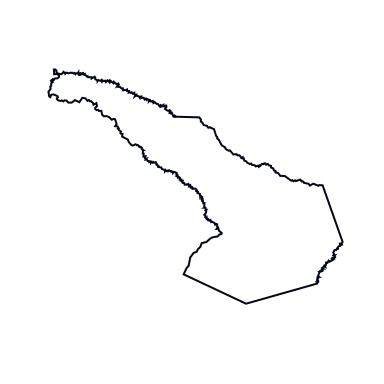 the district of Tambopata, Madre de Dios, Peru, rotated 8°
{"feature_id": "86281439B97572959999904", "entity_name": "Tambopata", "entity_type": "district", "adm_level": 2, "iso_a3": "PER", "parent_name": "Peru", "parent_adm1": "Madre de Dios", "projection": "orthographic", "projection_center": [-70.427, -12.188], "detail": "fine", "context": "isolated", "style": "outline", "palette": "ink", "viewbox_px": 384, "rotation_deg": 8, "n_neighbors": 0, "source": "geoboundaries", "source_scale": "gbopen_adm2", "svg_char_len": 5965}
<svg xmlns="http://www.w3.org/2000/svg" viewBox="0 0 384 384"><g transform="rotate(8 192 192)"><path d="M37.2,117.1L38.4,117.8L39.1,115.3L41.1,114.6L45.4,115.7L46.1,116.8L45.1,117.8L45.2,118.7L46.6,119.8L49.2,120.2L50.3,119.4L52.0,120.2L53.0,119.0L55.0,118.9L57.1,120.7L60.4,120.2L63.4,117.3L67.9,118.8L70.3,114.0L73.5,114.1L75.8,116.3L77.0,115.3L78.5,116.5L79.5,116.1L81.5,117.6L82.3,119.3L84.9,117.3L86.0,120.2L84.5,122.0L84.7,123.5L86.2,124.2L87.7,123.7L88.6,124.7L91.0,124.3L92.1,127.8L94.2,129.3L96.7,128.7L99.5,129.4L102.5,131.6L104.0,130.6L105.7,130.7L107.9,135.2L106.8,137.5L109.1,137.3L110.5,139.1L109.8,139.5L110.7,140.6L113.2,142.0L112.9,143.6L113.9,144.3L115.1,144.1L115.1,146.9L121.2,149.0L122.5,151.4L125.6,154.0L126.7,154.3L129.6,152.6L130.8,153.3L131.8,153.0L133.5,154.6L133.8,154.1L136.1,155.0L136.3,156.3L137.5,157.0L137.0,157.0L137.7,157.7L137.9,160.7L138.8,160.7L139.0,163.7L141.0,163.0L140.7,165.1L141.5,165.9L142.2,165.5L141.9,166.2L142.6,165.9L143.7,167.4L145.2,167.4L145.4,168.2L146.8,167.5L147.1,168.7L147.5,167.8L148.6,168.5L149.2,167.6L150.2,168.3L151.9,167.5L153.1,169.9L153.8,169.6L154.5,171.0L155.3,171.1L155.2,171.9L158.2,172.0L158.9,173.3L162.2,174.1L162.3,174.9L162.8,173.9L163.7,175.0L165.2,174.8L165.0,174.2L166.3,173.6L166.9,174.2L168.7,174.1L168.7,174.9L170.5,174.9L170.6,175.7L171.5,174.5L174.0,175.2L173.8,176.2L174.7,176.5L175.0,178.0L174.4,178.4L175.3,178.8L175.6,178.2L176.1,179.7L177.5,178.4L177.0,179.6L178.0,179.6L178.1,181.2L178.8,180.9L179.1,182.1L180.0,181.5L180.4,182.5L181.0,182.3L180.7,183.3L181.9,183.7L181.8,184.3L183.0,184.2L183.7,185.7L185.5,185.2L185.5,184.4L185.9,185.4L187.3,184.6L187.9,186.0L189.0,185.5L188.8,186.8L189.7,186.4L190.1,187.7L191.2,187.2L191.4,188.0L192.0,188.0L191.7,187.4L192.2,187.8L192.2,188.8L194.6,188.2L195.8,188.8L195.9,189.9L196.5,189.5L197.0,190.4L197.6,189.9L197.1,191.0L197.9,191.2L197.7,192.3L200.1,192.8L200.8,195.7L201.2,194.7L202.8,195.5L202.5,197.7L203.2,197.6L203.2,198.6L203.7,198.1L204.7,201.6L205.9,201.3L206.1,204.6L207.0,205.4L206.5,205.8L207.4,205.7L208.0,207.3L208.7,207.4L207.9,208.3L208.7,208.7L208.8,210.4L207.4,212.9L208.5,213.4L208.6,215.1L209.8,216.0L210.1,215.5L210.3,216.7L211.3,217.3L211.4,216.5L212.0,216.7L212.3,217.8L213.8,217.2L213.7,218.0L215.2,218.3L215.3,219.1L216.3,218.7L218.5,219.6L219.4,221.0L219.8,220.2L221.3,220.4L221.8,222.8L222.4,223.1L221.9,224.2L222.5,223.8L223.5,224.2L222.4,224.2L222.3,224.9L223.3,224.6L224.1,226.6L227.1,228.4L227.0,229.5L224.9,230.4L223.7,232.4L218.7,234.0L216.3,235.8L213.3,239.5L208.8,241.2L207.9,245.1L205.8,247.9L204.9,250.6L202.1,252.0L199.4,257.0L198.9,265.6L197.2,268.2L195.2,274.7L261.0,295.1L328.7,265.2L329.0,264.0L328.3,263.7L329.5,263.2L329.3,262.4L328.3,262.9L328.1,259.7L329.7,260.2L328.6,259.5L329.2,258.7L328.3,258.5L329.6,258.3L328.5,257.7L329.4,253.7L328.9,253.3L329.9,252.3L330.6,252.9L332.0,252.2L331.4,250.9L332.3,250.7L331.6,249.7L332.5,249.6L331.6,249.1L332.9,247.5L334.4,247.8L333.5,246.2L334.7,245.6L334.7,243.1L336.0,243.3L336.8,241.0L338.0,241.9L341.4,239.3L340.1,238.8L341.7,237.9L340.8,237.4L342.8,236.4L342.1,235.2L341.4,235.6L342.2,234.7L340.8,234.9L341.2,233.7L340.3,232.2L341.1,230.1L341.8,229.4L342.7,229.5L343.8,227.3L344.1,228.1L344.6,227.8L344.0,226.7L344.7,225.4L346.2,224.8L345.6,222.5L347.0,222.4L347.3,223.4L347.9,223.2L347.4,222.0L348.1,220.5L320.4,167.2L317.0,167.5L316.4,168.2L310.9,166.9L307.9,169.2L306.3,167.7L301.4,167.3L301.1,166.5L299.4,165.7L299.0,166.2L297.4,164.7L293.4,166.7L292.6,166.1L290.8,167.2L289.7,166.3L288.6,167.0L281.8,163.3L277.1,163.7L274.7,161.3L271.9,161.0L271.9,159.7L270.0,159.1L269.2,157.3L266.9,156.8L266.6,155.2L264.5,154.9L263.2,153.7L261.4,154.6L260.7,153.5L259.6,153.5L258.9,154.5L257.3,154.5L255.9,156.7L255.0,156.3L254.6,157.8L253.3,156.9L251.6,157.8L250.4,156.8L247.7,156.8L246.8,155.6L245.5,156.3L242.7,155.3L241.6,154.2L239.4,153.6L238.6,151.5L237.4,151.7L237.3,150.6L236.1,151.4L234.0,149.1L231.9,149.4L230.9,148.3L227.8,149.1L223.7,145.5L222.6,146.0L220.4,145.2L218.9,144.2L218.7,143.2L214.9,141.6L211.4,136.7L209.5,135.5L209.4,134.1L208.0,133.0L205.1,126.8L200.6,125.4L199.2,126.1L197.5,124.4L194.3,124.1L192.4,121.6L190.9,121.0L190.7,118.9L188.8,117.1L165.3,119.7L165.2,119.3L164.8,119.1L165.0,119.9L163.1,119.9L160.9,116.1L160.3,116.2L160.9,117.9L160.0,116.7L158.7,116.7L159.3,114.6L158.3,114.1L157.6,114.9L156.3,114.8L153.7,113.5L154.8,111.7L154.5,110.0L153.4,110.1L153.5,111.3L151.3,110.9L150.6,111.9L150.9,110.3L149.5,111.6L149.5,110.5L148.8,110.2L147.9,111.6L145.9,109.6L144.6,109.6L142.7,108.3L141.5,109.2L141.2,107.6L140.4,107.4L139.6,108.9L139.8,107.5L138.6,108.0L137.7,106.9L136.8,108.1L136.8,106.7L134.8,106.2L134.4,107.2L133.5,106.4L134.0,105.3L132.2,107.0L131.1,105.4L129.1,105.9L128.6,104.4L127.5,104.9L127.3,106.1L126.0,104.6L123.7,104.4L123.5,103.6L122.1,105.2L122.4,103.6L121.4,103.2L121.1,101.8L119.8,102.9L118.4,101.7L117.6,102.4L116.4,101.8L115.5,102.3L115.6,100.8L113.7,101.0L113.3,99.5L112.3,100.4L110.1,100.4L109.9,101.6L109.1,99.0L107.9,99.3L105.9,97.9L104.4,98.2L104.2,96.7L103.2,97.5L103.7,96.1L104.5,95.7L103.9,94.9L103.3,95.6L101.1,95.2L99.3,93.8L99.0,95.2L96.2,93.4L95.5,94.7L94.8,93.0L93.8,94.1L92.8,93.2L91.5,95.1L90.5,93.8L89.2,94.5L88.1,94.0L87.5,95.2L86.8,93.7L86.1,94.6L83.8,94.2L83.1,95.4L83.0,94.7L80.6,93.8L80.2,92.1L79.3,92.2L79.2,91.6L76.7,93.6L76.4,92.3L73.3,92.8L72.8,92.0L71.9,92.3L71.6,91.6L69.7,91.1L69.5,90.1L68.7,90.6L68.0,89.7L67.7,90.2L66.4,88.9L67.1,90.6L65.9,90.4L65.9,91.1L63.9,91.9L63.3,91.2L63.8,90.1L62.8,90.4L62.7,89.5L62.3,90.4L60.2,90.6L60.1,91.4L58.9,90.6L58.4,91.2L56.9,90.6L56.6,91.4L56.6,90.8L55.0,90.8L53.4,91.6L51.1,91.4L50.3,92.3L50.2,91.5L49.1,91.9L48.1,90.9L46.4,93.5L42.8,93.5L40.9,91.8L40.8,90.5L39.3,89.6L38.2,89.9L39.1,94.6L42.0,93.9L44.2,95.3L44.4,96.6L43.1,98.1L40.3,98.7L39.5,100.3L38.8,99.9L38.5,100.7L38.0,100.1L36.9,101.5L38.7,102.6L37.5,103.7L37.8,106.4L37.0,107.5L37.6,109.7L35.9,112.6L37.2,117.1Z" fill="none" stroke="#020617" stroke-width="2"/></g></svg>